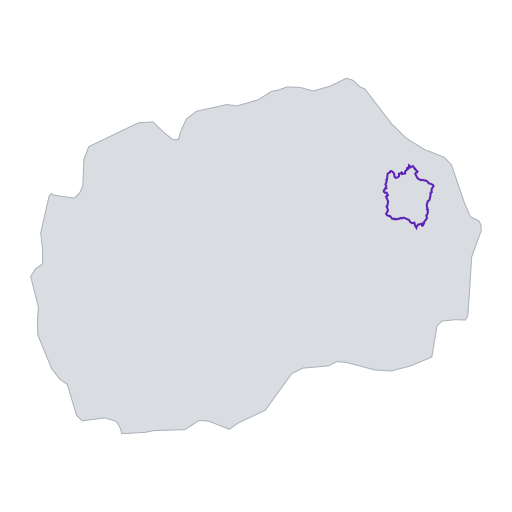 Vinitsa, Vinica, North Macedonia (highlighted)
{"feature_id": "65306769B11231402107621", "entity_name": "Vinitsa", "entity_type": "district", "adm_level": 2, "iso_a3": "MKD", "parent_name": "North Macedonia", "parent_adm1": "Vinica", "projection": "mercator", "projection_center": [22.586, 41.86], "detail": "fine", "context": "in_parent", "style": "outline", "palette": "violet", "viewbox_px": 512, "rotation_deg": 0, "n_neighbors": 0, "source": "geoboundaries", "source_scale": "gbopen_adm2", "svg_char_len": 2521}
<svg xmlns="http://www.w3.org/2000/svg" viewBox="0 0 512 512"><path d="M227.0,104.6L236.8,105.9L258.1,99.8L271.4,91.4L278.2,90.1L287.2,86.9L300.1,87.4L313.2,91.0L329.9,86.2L346.3,78.3L352.9,80.3L360.0,87.0L364.7,88.8L391.9,124.2L406.8,138.6L424.3,149.4L444.4,157.4L451.5,165.0L464.3,202.5L470.4,216.7L478.9,220.9L480.9,225.0L481.3,230.4L471.7,256.7L467.9,315.3L465.5,320.0L455.5,319.7L442.2,321.0L437.1,325.5L431.8,357.0L410.4,366.0L391.0,371.0L374.7,369.9L346.0,362.4L336.6,361.6L328.5,365.9L302.9,368.1L291.7,373.6L265.2,410.3L238.4,422.9L229.3,429.3L208.9,421.2L199.1,420.4L184.9,429.7L153.9,430.6L145.5,432.3L121.6,433.7L120.6,428.7L116.2,421.3L105.0,417.9L82.2,420.8L76.6,415.4L67.3,384.3L59.9,379.3L51.7,368.8L37.8,334.9L37.5,320.0L38.4,307.1L30.7,276.5L35.5,268.8L42.6,263.9L42.7,251.6L40.7,232.9L49.1,196.0L51.4,193.4L53.6,195.1L74.1,198.1L79.4,193.4L82.8,186.1L83.9,159.1L88.8,146.6L138.4,122.8L153.0,121.9L164.2,132.8L173.0,139.8L178.4,139.6L180.3,132.6L186.3,119.0L196.5,111.2L226.7,104.6L227.0,104.6Z" fill="#d9dde1" stroke="#a8b0b8" stroke-width="1"/><path d="M426.8,206.7L426.8,204.1L427.5,203.0L427.6,201.4L429.5,199.9L430.6,194.9L430.3,193.4L431.8,192.1L431.3,190.9L431.8,190.1L431.6,188.9L433.6,186.2L432.9,184.9L430.7,183.8L428.7,183.3L427.4,181.5L425.4,180.3L424.7,180.6L422.2,179.8L420.6,180.2L417.5,178.2L415.2,173.8L416.0,172.6L417.2,172.3L417.5,171.5L415.2,169.3L415.2,168.6L414.4,168.5L413.0,166.1L410.7,167.0L409.0,165.4L408.8,166.7L409.4,167.7L407.2,167.9L407.0,168.7L407.7,169.2L405.8,170.6L405.0,171.9L405.2,173.4L402.0,174.0L402.1,172.9L401.6,172.4L400.9,173.2L398.8,173.8L399.1,176.2L397.4,177.5L395.9,177.9L394.6,177.0L394.0,173.3L392.0,171.4L390.8,171.0L390.0,171.6L390.0,172.3L387.6,173.7L387.0,179.4L386.3,179.9L386.7,181.6L385.4,184.3L386.4,186.2L385.5,187.8L386.2,188.4L384.5,189.4L383.7,191.0L383.8,191.7L384.9,192.7L386.5,192.6L387.9,195.1L386.9,195.6L386.8,196.7L386.1,196.8L388.1,201.4L387.4,205.8L386.6,206.3L387.8,209.4L387.8,211.0L386.9,212.3L386.1,213.8L387.1,215.2L388.8,216.0L390.0,216.0L392.1,218.7L393.1,218.6L393.7,219.2L394.5,218.8L395.3,219.3L395.8,218.9L397.0,219.4L398.5,218.6L399.4,218.8L400.6,217.9L401.8,218.4L403.5,217.6L408.8,219.8L410.3,222.0L412.0,223.2L414.4,222.7L415.0,225.4L416.4,227.8L416.9,226.0L418.3,224.4L419.3,224.5L421.8,223.5L422.0,225.6L422.7,225.7L424.1,223.2L424.1,221.8L426.8,218.6L426.9,217.4L426.2,215.6L427.2,214.5L428.0,212.1L427.6,211.3L427.9,209.6L427.0,209.3L427.3,207.7L426.8,206.7Z" fill="none" stroke="#5b21b6" stroke-width="2"/></svg>